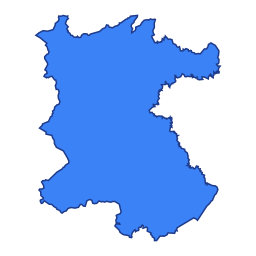 Dak Glong, Đắk Nông, Vietnam (Mercator projection)
{"feature_id": "81297802B52664178073196", "entity_name": "Dak Glong", "entity_type": "district", "adm_level": 2, "iso_a3": "VNM", "parent_name": "Vietnam", "parent_adm1": "Đắk Nông", "projection": "mercator", "projection_center": [107.93, 12.03], "detail": "fine", "context": "isolated", "style": "filled", "palette": "blue", "viewbox_px": 256, "rotation_deg": 0, "n_neighbors": 0, "source": "geoboundaries", "source_scale": "gbopen_adm2", "svg_char_len": 5735}
<svg xmlns="http://www.w3.org/2000/svg" viewBox="0 0 256 256"><path d="M120.1,232.4L123.3,234.6L128.9,235.6L129.5,237.3L131.5,237.6L132.0,236.9L131.4,235.9L132.1,233.2L133.9,230.6L135.1,229.8L135.5,231.7L136.9,230.7L138.5,230.5L138.9,229.6L138.5,228.0L139.2,227.4L141.0,227.4L141.6,225.5L142.5,225.1L143.2,225.8L143.0,228.2L146.3,227.1L147.6,228.1L147.2,231.0L151.1,233.1L150.7,234.4L152.0,235.5L152.3,236.9L154.4,238.1L154.5,240.6L156.7,240.5L159.9,236.1L164.6,236.1L167.2,234.6L168.0,232.9L174.6,233.3L175.6,230.4L177.1,230.8L176.7,229.5L177.2,227.7L193.6,217.9L196.2,219.0L197.5,220.3L206.8,206.1L209.3,203.8L211.4,200.9L212.4,200.4L214.5,195.3L216.3,193.5L217.9,189.6L216.9,187.0L215.3,185.9L212.0,185.5L208.8,183.9L207.4,184.5L207.9,183.6L207.0,182.9L205.5,183.7L204.8,178.1L203.9,177.4L204.5,175.2L201.9,174.2L202.3,172.5L200.8,171.8L200.9,170.8L199.8,170.8L200.2,168.9L199.4,169.1L197.7,167.5L198.2,166.5L196.5,166.0L195.1,168.5L194.1,168.9L192.7,167.3L190.7,168.0L190.5,166.7L189.6,167.6L189.2,167.1L190.1,165.9L187.4,165.5L188.8,164.6L187.9,163.7L189.1,163.3L188.5,161.1L189.3,159.9L187.9,158.1L188.1,156.1L187.2,152.8L185.0,151.2L184.7,149.3L181.2,148.2L180.6,146.4L179.2,146.6L179.4,144.4L178.7,145.1L178.4,144.7L179.1,142.8L176.7,140.4L177.5,138.8L176.8,136.4L178.0,135.5L176.6,135.4L176.4,133.6L174.4,133.0L174.1,132.4L174.8,132.2L174.1,131.3L170.3,131.6L169.7,130.9L170.4,127.5L170.9,126.9L171.9,127.3L171.7,126.5L170.5,125.8L171.7,125.3L170.4,122.8L171.0,122.6L171.9,123.2L172.2,122.9L171.8,121.0L170.7,119.8L170.8,118.8L171.9,118.9L171.6,117.6L170.7,118.0L170.2,116.9L169.7,118.3L168.8,117.8L166.7,119.0L166.0,118.1L165.0,118.4L163.6,117.1L162.8,117.1L162.3,117.9L162.1,116.2L158.2,116.0L156.7,117.0L155.8,115.8L154.1,115.6L154.4,114.2L152.7,113.5L152.0,112.3L150.0,112.8L149.2,110.3L152.7,106.9L154.8,106.6L153.4,105.2L153.3,104.4L155.6,104.8L157.4,103.5L157.8,104.6L158.6,104.3L158.4,102.9L157.4,101.8L158.2,99.4L159.3,98.5L158.2,96.1L159.3,94.4L158.3,93.0L159.8,91.4L158.8,91.0L159.4,90.1L161.9,90.3L161.1,89.2L162.3,88.3L162.6,86.5L161.5,84.7L165.6,84.5L166.2,83.8L165.2,82.1L165.5,81.7L167.3,84.1L168.7,84.1L168.6,86.2L169.7,87.4L169.9,86.1L171.6,83.6L172.8,83.7L173.2,82.7L174.8,82.4L175.8,81.0L174.8,78.8L175.3,78.0L175.1,75.5L176.1,76.1L176.5,77.4L177.5,77.9L180.7,76.7L182.3,73.8L184.1,74.8L184.8,76.5L186.1,76.8L187.8,76.2L190.0,76.7L191.5,75.8L191.2,74.5L191.8,74.3L193.0,75.6L192.9,77.0L192.1,77.0L192.4,77.6L194.3,77.0L195.7,78.0L197.1,77.1L197.1,78.9L199.0,79.8L202.7,79.4L202.1,78.7L202.1,76.8L204.5,77.1L208.3,78.9L208.5,76.9L210.4,74.2L211.2,74.8L210.7,76.0L213.1,77.8L213.3,77.0L212.2,76.3L214.0,74.9L213.8,72.0L215.4,73.7L216.8,73.1L215.9,72.4L216.6,71.3L217.7,71.7L218.1,73.0L219.0,72.9L219.2,71.9L218.2,70.3L218.7,68.0L220.1,66.1L217.5,66.0L216.5,64.2L218.2,63.8L218.7,63.0L219.0,59.6L217.6,57.3L218.5,55.3L218.9,50.9L215.3,45.4L210.9,42.9L208.4,44.5L208.1,46.3L206.5,49.0L204.4,48.9L200.3,53.9L198.3,53.5L195.2,54.1L194.5,52.9L191.7,52.3L191.3,50.7L190.4,50.4L188.5,51.1L188.2,49.5L185.9,48.6L184.6,49.9L183.2,49.1L183.0,50.8L180.5,50.8L179.5,46.7L178.4,47.3L177.2,47.0L175.6,44.5L173.1,43.6L172.0,39.7L170.1,39.1L168.3,39.3L165.4,36.1L165.3,37.5L164.2,37.3L163.8,40.0L162.3,38.7L161.6,41.9L160.6,41.7L159.9,42.4L158.8,42.0L158.3,42.5L157.4,41.6L157.2,43.0L156.5,42.4L154.9,42.8L151.8,36.9L152.1,35.7L153.8,35.3L154.3,34.6L153.4,33.5L152.8,30.5L154.3,27.7L154.3,23.0L155.4,19.5L155.0,19.2L152.1,19.6L150.5,18.9L148.7,20.1L147.7,19.7L144.3,20.2L142.0,22.5L140.3,25.3L135.7,27.2L135.8,29.1L135.3,30.4L131.7,32.8L131.6,31.5L132.6,28.6L131.3,26.9L131.2,25.6L131.7,24.3L134.0,22.3L134.1,21.1L137.3,16.9L137.5,15.4L130.5,16.2L129.5,17.7L127.7,18.1L127.5,18.8L125.7,19.4L120.8,23.0L119.4,22.9L119.2,24.3L117.3,25.7L115.1,26.2L112.5,27.8L109.1,27.0L108.3,25.3L106.6,24.9L105.2,27.8L102.7,28.7L99.5,31.5L90.6,34.0L89.0,35.4L88.0,35.2L87.0,33.9L83.8,33.7L81.7,35.1L80.7,37.2L79.6,37.5L78.3,37.3L77.5,36.2L76.5,37.3L73.8,37.0L72.4,35.5L70.7,35.2L70.0,33.4L68.0,32.1L68.3,31.2L67.6,30.9L67.8,30.4L66.7,28.9L68.2,26.8L65.4,23.6L66.8,19.8L68.3,18.7L67.6,17.5L67.7,16.0L66.5,16.3L63.1,15.5L61.2,16.2L58.7,16.1L58.5,17.4L59.0,18.8L58.6,20.7L55.3,23.5L55.1,25.4L53.1,29.6L47.7,31.2L43.1,30.7L39.2,32.7L35.9,35.3L40.0,37.7L46.9,43.3L45.5,45.2L47.2,46.9L48.0,50.1L49.0,51.5L48.2,53.9L46.7,54.5L44.7,56.7L44.7,58.6L47.5,63.1L47.7,64.6L44.9,69.8L46.5,70.9L47.1,73.4L44.9,74.5L44.0,76.4L46.5,77.8L47.0,77.3L48.4,77.7L49.8,76.7L52.0,76.3L54.6,79.9L55.8,80.1L56.5,83.1L55.3,85.6L56.2,89.4L57.6,89.3L58.6,90.2L59.1,92.4L58.2,95.3L58.4,98.5L59.9,101.3L59.1,104.2L56.9,104.9L54.7,107.1L54.2,109.9L52.6,111.1L53.1,113.2L52.3,113.7L52.1,116.0L50.6,116.8L48.6,121.4L42.5,124.0L42.3,125.3L39.5,128.1L46.2,132.1L46.0,134.1L51.9,135.4L52.7,138.0L54.3,140.3L54.4,143.5L56.4,147.3L63.4,150.9L67.4,157.8L68.8,160.9L68.9,162.3L68.6,163.2L65.3,165.3L64.5,167.0L63.3,167.3L62.2,168.9L57.0,172.1L48.3,180.5L45.7,179.8L44.6,180.7L42.7,180.7L41.8,181.6L41.6,182.0L43.5,185.3L44.0,187.8L42.4,189.0L39.7,189.0L39.0,190.0L40.7,191.8L40.9,195.6L43.3,197.7L43.4,198.7L40.5,200.0L40.2,201.0L41.3,203.4L42.6,203.1L44.3,200.8L49.0,204.1L52.2,204.6L53.7,206.4L56.4,208.0L56.9,209.3L59.7,210.4L61.1,212.5L62.2,213.1L64.0,211.6L66.3,210.9L67.8,208.7L68.9,208.1L71.3,207.5L74.9,208.1L78.5,207.3L80.3,204.4L82.0,204.5L83.5,206.1L85.2,206.3L86.8,201.0L88.3,200.0L90.1,199.5L91.8,200.4L92.8,203.3L94.4,203.7L96.7,203.3L99.1,201.0L101.5,201.9L102.8,201.5L104.8,202.1L106.6,201.3L110.7,202.2L113.1,201.4L115.1,201.6L119.3,204.2L121.1,212.0L119.8,214.0L117.1,214.8L116.2,215.6L117.0,217.7L115.9,220.0L116.1,222.1L117.2,223.0L119.4,223.2L119.8,224.2L116.0,223.9L114.9,226.0L119.1,230.0L120.1,232.4Z" fill="#3b82f6" stroke="#1e3a8a" stroke-width="1.5"/></svg>